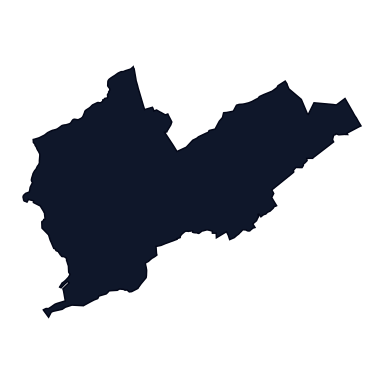 outline of Variešu pag., Krustpils, Latvia
{"feature_id": "27541924B55912834696629", "entity_name": "Variešu pag.", "entity_type": "district", "adm_level": 2, "iso_a3": "LVA", "parent_name": "Latvia", "parent_adm1": "Krustpils", "projection": "albers", "projection_center": [25.991, 56.596], "detail": "fine", "context": "isolated", "style": "filled", "palette": "ink", "viewbox_px": 384, "rotation_deg": 0, "n_neighbors": 0, "source": "geoboundaries", "source_scale": "gbopen_adm2", "svg_char_len": 5752}
<svg xmlns="http://www.w3.org/2000/svg" viewBox="0 0 384 384"><path d="M43.3,309.8L43.4,310.1L48.6,317.2L51.2,312.2L51.3,312.1L53.2,311.3L62.2,309.3L65.4,307.2L71.9,305.1L83.5,305.7L83.9,305.4L90.7,301.7L94.4,299.8L97.6,298.6L97.8,298.4L98.7,296.4L99.0,296.0L106.2,293.9L107.4,292.8L109.3,290.7L109.8,290.8L110.7,290.7L117.3,290.3L119.5,289.0L123.6,289.4L125.0,290.2L126.5,290.0L127.0,290.1L127.6,290.4L128.5,291.3L129.3,291.9L131.1,291.7L131.7,291.6L134.8,290.0L137.9,288.4L138.6,287.2L141.2,283.6L146.1,277.7L146.4,275.9L146.6,271.2L146.6,270.0L146.1,267.0L145.7,265.4L145.4,263.5L145.6,262.9L148.4,261.4L150.6,259.4L152.5,257.9L153.4,257.5L155.4,256.2L156.9,255.0L156.5,253.6L156.0,246.4L157.6,246.1L161.0,245.4L165.3,243.6L166.3,243.2L166.5,243.2L167.0,243.0L177.0,239.3L176.7,238.7L180.1,237.6L180.3,237.0L180.3,236.5L180.5,235.8L181.2,234.9L182.0,234.0L184.6,231.8L185.1,231.5L185.7,231.2L187.3,231.2L188.6,231.4L189.5,231.1L190.6,231.1L192.0,230.8L192.5,230.9L192.7,231.0L192.8,231.2L192.6,232.2L193.8,232.6L195.6,232.8L196.7,232.8L198.4,233.4L199.0,233.3L202.2,230.9L202.9,230.9L207.0,229.8L208.6,230.1L210.2,230.5L212.3,231.1L212.3,232.4L212.4,233.2L216.2,233.2L216.4,237.8L226.5,231.7L228.3,235.3L229.2,238.1L229.7,239.6L234.3,237.6L236.8,235.4L238.6,234.1L239.1,233.6L239.8,232.8L241.3,231.4L242.4,230.1L242.6,229.9L242.9,229.8L243.7,229.8L245.2,229.9L246.0,230.0L247.2,230.7L247.9,230.9L249.1,231.0L249.8,230.8L250.0,230.7L250.5,230.1L252.7,228.3L253.2,228.0L255.0,227.5L252.8,223.9L256.5,220.7L257.3,218.8L257.8,217.9L258.5,216.6L258.3,215.4L258.0,214.4L259.0,214.1L259.3,214.6L260.9,216.8L263.5,214.7L265.8,214.0L267.4,212.3L270.1,211.1L273.1,208.3L274.3,206.5L275.6,206.2L276.6,205.7L273.8,201.1L271.7,197.5L273.7,193.5L271.8,189.9L292.7,173.0L293.7,172.1L293.7,171.8L293.4,169.9L294.2,169.4L295.8,167.5L302.0,167.6L303.3,165.6L303.5,163.9L304.9,162.9L307.1,160.6L306.6,158.4L312.6,158.3L312.6,158.1L333.6,141.9L332.8,140.3L332.6,139.8L332.6,139.4L332.9,138.0L333.7,135.2L335.5,134.5L336.2,133.6L336.8,134.1L337.2,134.2L338.7,134.8L344.3,134.4L347.6,134.5L346.9,133.2L359.0,126.8L361.0,125.9L358.5,121.8L356.3,117.8L355.2,116.3L354.0,114.3L352.6,111.7L347.3,102.5L345.6,99.5L345.0,98.5L337.4,104.2L336.4,104.9L335.1,104.8L333.0,104.5L314.0,102.8L308.3,114.4L307.4,113.9L307.1,113.2L301.7,100.3L301.3,99.4L288.9,88.9L287.0,84.5L286.9,84.3L287.1,84.1L285.2,81.1L278.0,85.7L276.9,87.7L272.1,91.2L263.7,94.6L259.4,96.6L258.0,98.4L256.2,99.2L252.0,101.5L248.7,102.8L244.3,103.9L242.4,104.2L239.1,104.4L236.5,105.2L233.3,111.2L226.6,112.5L223.9,112.7L223.6,112.8L222.5,117.5L219.3,121.2L215.1,129.1L209.9,130.3L209.1,130.6L208.2,132.4L206.3,133.1L198.5,136.8L196.7,138.3L192.8,140.2L186.3,147.2L177.0,151.5L173.1,145.2L164.6,132.3L166.8,131.9L167.3,130.7L170.8,124.9L171.5,122.8L171.8,122.0L170.3,119.0L168.7,116.0L167.8,114.0L165.3,114.9L160.7,112.3L160.0,112.0L156.6,110.0L153.9,111.0L153.8,110.7L152.9,108.2L152.4,107.3L144.6,109.6L143.3,105.5L138.7,89.9L138.6,89.7L138.1,87.9L137.5,85.4L136.0,80.2L136.0,79.7L135.3,75.6L134.2,69.2L134.0,68.4L133.3,67.7L133.2,66.8L131.3,68.5L130.5,69.1L125.4,70.7L123.8,71.4L123.1,71.6L122.0,71.6L121.1,71.7L119.7,72.3L117.9,73.2L114.4,75.7L112.9,76.6L110.8,78.0L109.1,79.3L108.2,80.5L108.0,81.1L107.9,81.5L107.7,85.7L108.0,86.4L109.4,88.2L109.8,89.0L109.8,90.0L109.5,90.7L108.8,91.6L108.7,91.8L109.0,92.1L108.1,93.7L107.6,94.4L107.5,94.8L107.5,95.1L107.6,95.7L107.8,96.0L108.1,96.1L108.1,96.4L108.1,96.7L107.6,96.9L107.6,97.0L107.5,97.4L107.5,97.5L107.4,97.9L107.1,98.1L106.4,98.1L106.2,98.2L105.8,98.3L105.5,98.4L105.4,98.3L105.2,98.4L105.3,98.5L104.9,98.7L104.6,98.6L104.5,98.9L104.2,99.1L103.7,99.6L103.5,100.1L102.8,100.0L102.8,100.7L102.7,101.0L102.5,101.4L101.9,101.9L101.1,102.5L100.5,102.7L99.5,102.8L98.3,102.5L97.4,102.6L92.6,104.9L91.7,105.7L90.5,107.0L89.1,108.1L86.1,110.0L85.2,110.8L84.9,111.3L84.7,111.9L84.4,112.9L83.0,116.3L82.4,117.2L81.9,117.7L81.1,118.3L79.1,119.3L78.6,119.6L78.1,119.7L77.4,119.7L74.6,119.2L73.9,119.3L73.3,119.5L72.7,120.0L72.2,120.6L71.3,122.1L70.8,122.8L70.0,123.5L68.4,124.1L67.0,124.5L65.9,124.8L64.1,125.0L62.1,125.5L61.6,125.8L58.9,127.8L57.3,128.9L55.5,129.6L52.3,130.4L50.9,131.0L47.9,132.5L46.9,133.2L44.5,135.1L42.7,136.0L41.7,136.5L39.5,137.6L38.5,138.0L34.5,139.2L33.2,139.5L33.4,142.5L34.9,144.1L35.0,144.7L35.2,145.5L36.2,146.8L37.2,149.3L37.7,150.2L38.2,150.9L38.4,151.3L38.6,151.5L39.0,152.3L39.0,152.6L39.4,153.1L39.8,154.2L39.8,155.7L39.4,160.5L39.4,162.8L38.7,164.6L37.3,166.4L36.9,167.3L36.1,169.0L35.0,170.4L34.9,170.4L34.6,170.8L33.9,172.0L33.0,173.7L32.8,174.7L31.8,177.8L31.4,179.6L31.4,180.3L31.5,180.7L31.7,181.3L32.4,182.3L32.5,182.6L32.5,183.1L32.2,183.2L30.2,187.2L29.7,190.1L29.3,192.0L25.6,193.4L23.5,195.4L23.0,197.0L23.5,199.1L23.6,200.0L24.3,201.1L25.0,201.2L27.0,202.1L28.1,200.1L28.4,199.4L31.1,200.2L31.3,200.2L33.6,200.8L33.4,202.5L39.6,205.6L40.0,205.5L42.9,210.2L43.7,211.6L43.9,212.2L44.4,212.5L45.1,219.0L43.7,219.5L43.6,220.1L43.4,220.6L42.9,221.0L42.0,221.5L41.8,221.9L41.8,222.2L42.0,228.1L46.6,232.8L48.6,234.9L49.6,238.1L49.6,238.3L50.4,240.6L51.4,242.7L51.7,243.5L53.8,248.4L54.5,248.5L54.8,248.6L55.1,248.9L55.8,250.2L56.2,250.7L58.4,251.6L58.6,252.2L59.1,253.0L59.5,253.3L59.9,254.1L60.2,254.7L60.9,255.2L61.0,255.4L61.6,256.3L61.9,256.5L62.3,256.6L63.1,256.5L64.6,256.9L66.0,258.0L66.5,258.2L66.6,260.8L66.9,261.1L67.6,263.6L68.4,265.9L68.7,272.1L69.2,273.0L69.5,273.4L69.9,274.2L70.1,274.3L69.7,275.1L68.5,277.2L67.4,278.4L65.5,280.4L63.5,282.1L62.1,283.0L60.5,285.7L59.8,286.6L59.6,287.1L61.1,287.8L64.8,284.0L67.8,281.4L69.1,282.9L62.9,288.9L63.5,290.7L65.3,300.9L57.1,303.4L55.5,304.0L54.7,304.4L51.3,306.8L48.7,308.5L47.8,308.6L46.1,308.5L43.3,309.8Z" fill="#0f172a" stroke="#020617" stroke-width="1.5"/></svg>